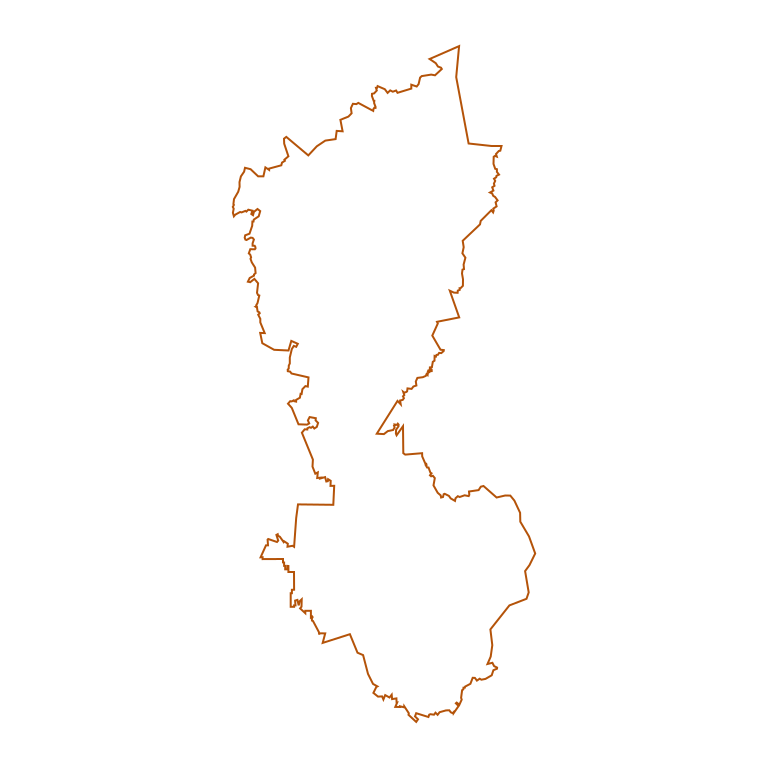 outline of Mocorito, Sinaloa, Mexico
{"feature_id": "50627088B38309476572974", "entity_name": "Mocorito", "entity_type": "district", "adm_level": 2, "iso_a3": "MEX", "parent_name": "Mexico", "parent_adm1": "Sinaloa", "projection": "equal_earth", "projection_center": [-107.794, 25.364], "detail": "fine", "context": "isolated", "style": "outline", "palette": "amber", "viewbox_px": 768, "rotation_deg": 0, "n_neighbors": 0, "source": "geoboundaries", "source_scale": "gbopen_adm2", "svg_char_len": 6099}
<svg xmlns="http://www.w3.org/2000/svg" viewBox="0 0 768 768"><path d="M319.2,634.6L319.5,633.3L325.2,633.4L322.7,642.9L349.9,634.2L357.5,652.7L363.1,655.1L368.0,673.9L373.0,683.9L377.4,686.4L376.3,687.0L373.4,692.9L378.0,696.6L382.1,696.4L383.4,699.5L385.2,695.1L389.5,697.5L391.7,694.7L392.1,699.1L396.4,698.4L396.6,702.6L397.2,702.5L395.3,706.9L400.2,707.0L400.1,706.3L404.1,707.3L404.2,706.2L408.8,713.2L408.5,714.8L416.2,721.9L418.0,719.3L415.0,716.4L416.2,713.2L428.4,717.0L429.2,714.7L430.4,714.2L434.0,714.7L435.5,712.7L437.6,714.8L439.6,712.2L446.0,710.4L449.3,710.3L450.8,712.3L452.7,713.2L453.5,712.3L453.6,713.2L458.6,706.0L455.9,703.3L456.7,702.6L459.4,704.7L461.7,699.6L461.1,697.8L462.1,690.2L463.3,689.4L463.5,687.7L464.8,687.7L465.1,686.6L470.4,683.8L472.7,677.8L474.9,677.9L476.9,680.6L479.7,678.7L481.4,679.7L485.5,678.9L491.7,675.3L493.4,670.2L497.0,668.7L497.1,667.6L494.1,666.1L492.4,662.8L487.5,664.0L490.7,656.6L492.3,645.2L490.4,629.4L509.4,605.4L526.5,598.8L528.7,592.4L525.1,571.1L529.5,565.1L535.2,553.5L529.0,536.4L520.3,521.7L520.1,512.8L514.4,500.6L510.3,495.6L505.2,495.5L496.6,497.5L483.5,486.0L480.8,486.7L478.6,490.1L469.0,491.5L469.3,494.8L468.7,496.1L464.6,495.3L459.7,497.0L457.8,496.2L455.5,498.3L455.0,500.9L450.7,498.4L448.9,495.9L444.7,493.8L443.7,494.2L443.0,497.0L441.1,497.5L440.7,495.4L437.7,492.8L433.5,485.4L434.8,478.1L432.9,475.8L431.1,476.3L430.0,475.3L431.5,473.3L430.4,472.6L428.5,467.5L427.1,467.5L425.7,465.1L426.5,464.9L426.2,463.7L425.1,463.1L422.2,456.4L422.1,453.2L405.2,454.6L403.3,453.2L403.0,426.2L396.6,435.3L395.9,433.6L396.1,429.7L398.5,426.3L398.6,424.6L397.8,423.7L397.0,424.9L394.7,424.5L395.3,426.1L394.7,425.1L394.0,425.5L394.6,427.5L393.1,430.0L387.8,431.1L383.9,434.1L376.8,433.7L397.5,400.9L400.7,404.3L400.1,400.5L402.7,399.9L403.9,398.2L403.0,396.3L404.3,395.1L403.2,391.8L404.4,392.7L406.4,391.9L407.1,391.4L407.5,388.4L411.6,388.9L413.4,386.5L416.4,385.5L415.8,381.5L417.4,377.9L422.8,377.2L425.8,375.9L426.6,374.0L427.6,375.0L427.9,373.0L428.8,372.3L427.9,371.4L428.3,370.6L429.6,371.7L430.2,370.2L430.6,371.2L431.7,371.1L431.7,369.8L430.7,368.9L429.8,369.5L429.9,367.4L431.9,367.2L432.8,361.8L434.5,360.7L434.6,356.0L435.9,356.6L436.5,354.9L437.9,354.8L439.1,352.9L441.3,353.1L443.7,351.0L443.8,350.1L440.5,349.7L432.3,335.6L437.8,323.5L437.0,321.8L459.2,317.4L449.8,290.7L453.9,292.6L457.6,292.8L457.8,290.6L459.7,289.9L459.6,288.2L460.5,288.2L462.9,285.8L463.0,279.3L462.0,273.5L462.5,269.6L464.0,269.1L463.6,264.6L465.4,257.7L462.4,253.3L463.7,247.2L462.7,240.8L480.0,224.4L480.7,220.9L491.4,210.2L493.1,212.4L493.7,210.6L493.3,208.6L496.6,206.4L495.6,202.3L497.6,200.4L495.1,197.0L493.2,195.8L492.2,193.5L490.0,192.5L493.4,190.6L492.2,187.3L494.5,185.8L493.9,183.6L495.2,180.9L494.0,178.7L496.2,177.3L496.5,175.8L499.0,174.6L496.9,171.9L496.9,169.2L495.2,168.8L493.5,163.9L493.7,156.8L494.9,155.9L496.8,156.6L496.0,154.0L498.8,151.0L500.3,150.7L501.5,146.0L491.6,146.0L468.6,143.5L456.2,77.1L459.1,46.1L429.6,59.0L435.8,63.2L437.9,66.5L441.0,67.7L441.8,69.0L435.0,75.3L431.2,74.6L421.7,76.1L420.1,77.6L418.6,84.1L416.7,86.5L411.3,84.7L411.3,88.6L397.5,92.8L396.1,90.5L392.8,91.7L390.2,90.4L387.6,92.9L384.8,89.2L377.6,86.1L377.0,87.9L376.0,87.9L376.8,90.5L374.1,93.4L372.0,93.8L371.9,96.0L373.7,100.9L374.3,100.9L374.1,103.0L375.6,107.0L375.5,107.9L374.4,107.7L373.5,108.9L373.2,110.9L358.3,102.9L356.4,104.1L352.9,103.8L350.9,108.1L351.6,113.3L348.4,116.6L340.4,119.8L342.6,131.3L336.7,130.9L335.6,139.1L325.3,140.6L316.8,146.3L308.3,155.4L286.3,136.9L284.0,138.7L284.2,143.7L288.4,156.3L284.4,159.7L284.9,160.8L282.0,162.6L281.3,165.3L269.1,168.6L269.1,169.9L265.4,167.4L263.4,176.3L258.1,176.3L250.6,169.2L245.0,167.8L244.1,171.7L240.9,176.4L239.5,182.1L239.6,186.9L238.2,191.8L234.0,199.1L233.4,204.2L233.9,204.9L232.8,206.9L233.7,208.7L232.9,212.8L233.9,216.3L235.2,214.7L240.1,212.0L241.6,212.4L245.4,210.9L246.4,211.6L248.3,209.7L252.5,210.7L251.3,214.0L253.0,215.2L253.9,211.9L257.5,209.0L260.2,211.1L258.7,216.3L253.8,219.6L253.5,221.5L252.4,221.5L252.2,225.8L249.5,233.7L245.2,235.3L244.7,237.7L245.4,239.6L246.5,240.0L250.8,237.6L252.6,237.9L253.9,239.5L252.6,243.3L252.6,245.7L254.7,245.8L255.4,247.1L255.5,248.5L254.8,249.3L250.3,249.2L248.8,253.4L250.2,254.6L251.1,257.4L250.5,258.8L251.8,262.4L255.1,267.6L255.6,273.1L254.0,274.5L254.0,275.6L249.7,278.0L247.9,281.7L250.2,282.2L254.4,278.9L258.1,283.3L257.0,292.8L258.0,295.0L259.3,295.5L257.5,303.1L256.2,305.3L256.8,306.5L255.8,306.8L257.0,307.6L257.6,311.4L259.4,312.4L259.7,313.3L258.2,314.7L260.3,318.8L260.3,322.4L264.7,333.1L260.2,332.9L262.3,343.2L274.1,349.8L288.5,350.5L291.3,340.9L297.8,343.8L296.2,346.8L293.8,345.9L291.8,349.1L289.8,357.5L289.8,363.5L288.8,365.5L288.7,368.6L287.7,369.6L287.8,371.2L290.1,371.6L291.5,373.5L308.5,377.4L307.8,386.6L305.4,386.1L302.4,389.2L301.6,394.0L300.6,393.8L299.9,397.7L296.1,399.9L296.1,401.6L294.2,401.2L293.8,400.3L291.7,401.4L290.2,401.2L288.0,403.7L291.8,407.9L298.5,424.3L307.1,424.6L309.2,423.4L307.9,420.4L309.6,417.1L315.8,418.2L315.6,420.4L318.1,422.9L316.8,426.9L314.3,428.5L312.8,426.6L311.0,427.8L309.6,427.2L307.4,428.3L307.3,429.5L304.7,429.3L301.9,432.7L312.9,459.6L312.5,466.6L315.3,473.7L317.8,472.4L317.2,478.0L321.0,477.6L320.6,478.4L325.1,477.1L326.3,481.5L327.8,481.2L328.1,479.2L330.7,480.8L330.5,485.9L334.2,485.8L333.3,504.8L298.0,504.4L296.2,517.9L294.1,546.8L292.6,545.8L287.5,546.7L287.8,543.7L284.0,541.2L283.6,542.0L279.9,536.8L278.0,535.7L277.7,534.2L276.4,534.9L278.2,540.6L277.0,542.0L268.2,539.0L267.6,539.6L268.0,545.3L266.0,545.3L260.6,557.3L262.6,557.2L262.6,559.1L283.0,559.0L283.0,562.4L284.1,562.5L284.1,565.9L285.2,565.9L285.2,569.3L287.4,569.3L287.4,565.9L288.4,566.0L288.4,572.0L294.0,572.0L294.1,589.7L291.9,589.8L291.9,593.2L290.7,593.2L290.7,606.8L294.1,606.8L294.1,605.4L295.5,605.4L295.1,600.6L297.4,599.9L298.7,605.4L299.7,601.2L301.7,599.3L301.5,606.7L300.1,608.4L305.3,613.2L305.3,610.8L310.9,610.8L310.9,617.2L312.0,616.3L312.6,617.1L311.8,618.6L312.0,620.6L313.0,621.0L318.9,632.1L319.2,634.6Z" fill="none" stroke="#b45309" stroke-width="2"/></svg>